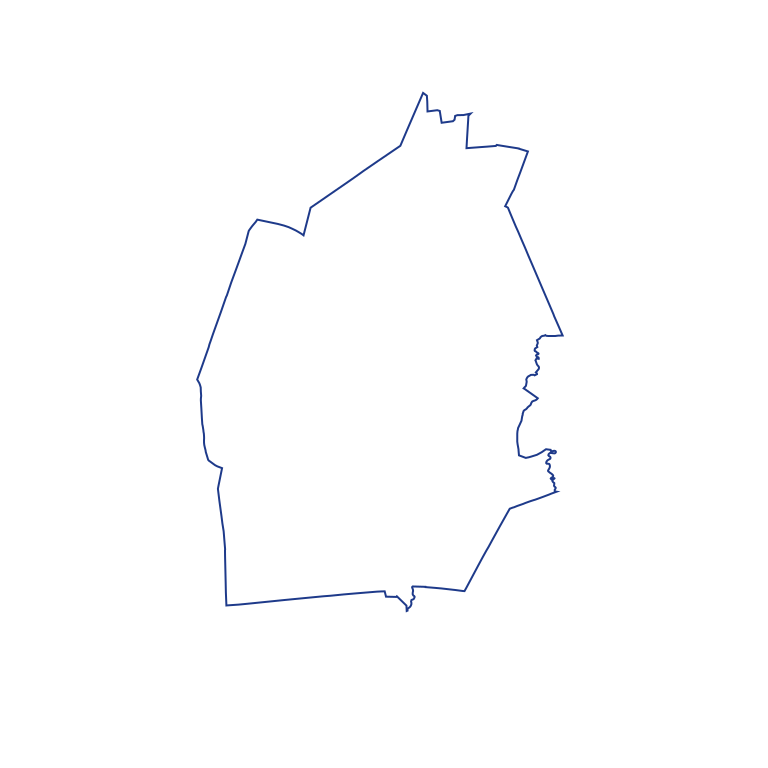 Denta, Timis, Romania (Robinson projection), rotated 129°
{"feature_id": "2599482B74915539122054", "entity_name": "Denta", "entity_type": "district", "adm_level": 2, "iso_a3": "ROU", "parent_name": "Romania", "parent_adm1": "Timis", "projection": "robinson", "projection_center": [21.251, 45.352], "detail": "fine", "context": "isolated", "style": "outline", "palette": "blue", "viewbox_px": 768, "rotation_deg": 129, "n_neighbors": 0, "source": "geoboundaries", "source_scale": "gbopen_adm2", "svg_char_len": 5974}
<svg xmlns="http://www.w3.org/2000/svg" viewBox="0 0 768 768"><g transform="rotate(129 384 384)"><path d="M546.0,483.4L547.8,481.0L549.0,479.7L551.9,475.4L552.8,474.1L553.6,472.9L553.8,471.5L553.7,470.8L553.4,464.2L552.9,461.7L551.8,458.4L551.3,456.9L556.5,454.2L567.6,448.4L570.0,447.1L578.3,438.5L581.4,435.2L589.2,426.9L594.1,421.8L599.3,416.0L601.6,413.8L605.6,410.0L612.5,403.4L613.2,403.0L617.9,399.1L637.7,382.3L645.4,375.8L655.3,367.1L654.8,366.6L646.9,358.1L640.8,351.9L614.6,325.5L602.9,313.6L597.6,308.2L587.2,297.6L582.2,292.3L572.9,282.9L565.0,274.7L549.9,258.9L547.2,255.9L544.7,253.0L548.0,248.6L541.7,240.4L540.9,240.4L541.1,237.9L542.1,227.1L546.1,223.5L545.3,223.1L545.0,223.4L544.5,224.0L544.0,224.0L543.3,224.1L542.6,223.9L541.3,223.6L540.3,223.5L539.2,223.7L538.0,224.1L537.3,224.6L536.8,225.0L536.1,226.0L535.7,226.2L534.6,226.7L534.2,226.5L533.8,226.3L533.2,225.9L532.3,225.6L531.4,225.8L530.4,226.1L530.1,226.3L529.8,227.0L529.9,228.0L529.5,229.2L528.6,230.0L527.5,230.7L526.6,231.1L525.7,232.0L525.3,232.5L525.0,233.2L524.4,233.9L524.2,234.3L523.7,234.3L523.3,234.3L515.5,224.1L515.7,223.9L510.5,216.3L506.8,210.8L499.2,198.9L495.4,192.7L494.3,191.1L490.3,191.8L486.2,192.6L471.7,195.4L466.0,196.5L456.5,198.3L449.1,199.6L445.0,200.2L436.9,201.7L421.8,204.4L407.2,206.9L401.8,207.8L401.6,207.6L400.6,207.1L399.1,206.2L398.0,205.4L395.1,203.8L389.6,200.4L387.4,199.2L383.6,196.9L382.5,196.2L380.2,194.7L378.9,193.8L375.8,191.9L370.6,188.8L365.8,186.0L364.1,185.1L359.1,182.1L359.5,182.8L359.9,183.8L359.6,184.0L358.9,184.7L358.3,184.8L357.5,184.9L356.8,185.1L356.5,185.4L356.4,185.9L356.4,187.1L356.3,187.4L356.0,187.9L355.3,188.3L354.2,189.0L353.8,189.4L353.8,189.8L353.9,190.5L353.7,191.4L353.6,191.8L353.1,192.4L352.6,192.4L352.3,192.4L352.1,192.4L351.8,192.4L350.8,192.2L350.1,192.1L350.0,192.3L350.2,192.5L350.6,192.8L351.5,193.2L352.7,193.9L352.7,194.2L352.6,194.8L352.4,194.8L351.8,194.9L351.6,195.0L350.3,194.4L349.8,194.4L349.1,194.6L348.7,194.9L348.5,195.4L348.4,196.1L348.5,196.5L348.3,197.0L348.4,197.4L348.4,198.9L348.6,199.4L348.5,199.8L348.5,200.3L348.5,201.2L348.5,201.4L348.2,201.9L347.7,202.1L347.0,202.2L346.6,202.3L346.0,202.3L345.3,202.5L344.5,202.7L343.9,203.0L343.4,203.4L342.8,204.0L342.3,204.8L342.2,205.3L342.3,205.6L342.8,206.4L343.2,207.0L343.5,207.4L343.4,207.8L343.3,208.3L343.0,208.4L342.0,208.9L341.7,208.9L340.5,208.9L340.1,208.8L339.3,208.5L338.4,208.1L337.5,207.8L337.1,207.9L336.6,208.1L336.2,208.6L336.0,209.1L336.0,209.5L336.1,210.1L336.2,210.5L335.9,211.5L335.6,211.6L335.1,211.8L334.8,211.9L333.4,211.7L333.0,211.4L332.6,211.0L332.1,210.2L331.4,209.0L330.5,207.7L330.1,207.5L329.5,207.4L328.9,207.5L328.6,207.7L328.3,208.2L328.3,208.7L328.6,209.4L329.0,209.9L329.4,210.2L330.3,210.9L330.4,211.1L331.0,212.2L330.9,212.3L330.5,212.8L330.3,213.1L331.5,215.0L332.7,217.0L333.2,217.2L337.7,218.5L342.8,220.6L347.6,223.8L349.9,225.4L350.6,226.0L352.2,227.3L354.5,234.2L351.2,237.4L350.1,238.4L348.7,240.0L346.8,242.2L344.9,244.2L344.4,244.6L341.3,247.1L338.7,249.2L336.5,250.7L335.2,251.3L333.8,252.1L333.3,252.2L329.7,253.1L327.8,253.6L326.1,254.0L324.0,255.2L321.9,256.4L321.7,256.4L321.3,256.6L320.7,256.8L320.4,257.0L320.0,257.4L318.7,257.9L317.2,258.5L316.8,258.5L315.8,258.4L314.7,257.9L313.8,257.7L312.9,257.6L311.8,257.7L311.4,257.6L310.7,257.5L309.8,257.3L309.0,257.1L308.3,257.0L307.8,257.0L307.2,257.2L306.0,257.6L305.5,257.7L305.0,257.7L304.4,257.8L304.0,257.6L303.7,257.5L302.9,257.1L302.1,256.5L301.3,256.1L300.7,255.8L299.4,255.5L298.7,255.5L298.3,255.5L299.4,272.2L299.5,272.7L299.0,272.7L298.3,272.7L296.4,272.5L295.6,272.8L292.5,274.5L290.9,276.3L289.8,276.6L288.6,276.8L287.4,276.7L286.4,276.3L285.5,275.9L284.7,275.7L284.3,275.4L282.6,273.4L282.5,272.4L280.1,271.3L279.7,271.7L279.5,272.1L279.4,272.8L279.4,273.3L275.0,273.2L274.1,273.6L273.6,274.0L273.3,274.4L273.1,274.8L272.9,276.1L272.6,277.3L272.4,277.7L270.6,280.6L270.3,281.2L269.8,281.2L269.6,281.3L268.8,281.4L268.3,281.5L267.8,280.9L267.1,279.6L266.9,279.7L266.4,280.2L266.2,280.7L266.2,281.1L266.5,281.8L266.7,282.2L266.6,282.7L266.1,283.8L265.7,283.8L265.3,283.8L264.7,283.5L264.2,283.1L263.5,282.9L263.1,283.1L263.0,283.4L263.1,284.2L263.3,285.1L263.3,285.3L263.1,286.0L263.2,286.6L263.4,287.6L263.3,287.8L263.1,288.1L261.9,288.8L261.6,288.8L261.2,288.9L258.8,288.1L258.5,288.6L257.9,289.5L255.7,290.1L254.9,290.7L253.7,292.7L253.1,292.5L251.5,291.9L251.0,291.7L250.4,291.6L249.8,291.7L249.1,291.8L247.6,291.5L247.2,291.2L246.4,290.7L245.9,290.1L245.2,289.6L244.5,289.4L244.4,288.2L243.5,286.8L238.8,281.0L236.9,279.2L235.0,277.0L233.9,275.7L228.6,285.9L224.3,294.3L223.1,296.3L217.5,306.9L210.4,320.4L199.5,341.0L196.6,346.5L193.4,352.6L189.4,360.0L185.5,367.5L181.2,375.6L178.7,380.6L174.8,387.9L172.0,393.1L169.0,398.6L169.0,399.2L169.6,401.7L155.9,404.7L153.1,405.2L151.3,405.3L141.7,408.7L133.5,411.4L112.7,418.5L116.5,427.9L116.4,427.9L116.6,428.3L120.5,435.0L126.7,445.8L127.2,446.8L127.7,446.9L128.3,446.9L128.6,446.9L128.8,447.1L134.5,453.1L139.0,457.9L148.8,468.3L143.4,472.2L122.4,487.2L122.2,487.2L119.4,486.9L125.1,491.6L128.8,496.1L130.9,497.4L134.2,495.5L136.4,495.8L144.7,503.6L136.7,512.5L137.7,514.9L144.8,521.7L137.3,528.1L133.0,532.1L133.2,536.8L172.1,525.9L188.6,521.2L214.4,529.0L231.6,534.1L233.5,534.6L244.6,537.7L273.2,546.1L293.2,552.0L319.1,540.1L319.2,542.4L319.7,546.1L320.2,549.2L321.2,553.4L322.1,556.8L323.8,561.4L326.4,567.2L336.0,585.9L337.6,585.8L338.6,585.7L343.2,585.8L344.8,585.8L348.8,585.6L349.8,585.5L350.3,585.4L362.4,579.9L371.2,576.9L381.6,573.3L388.6,570.9L401.3,566.6L414.2,561.8L415.7,561.5L430.6,556.1L452.9,548.3L459.7,545.8L463.1,544.6L465.7,543.4L474.4,540.3L486.2,536.1L498.1,532.0L499.6,528.0L500.6,526.3L502.0,524.3L505.0,521.7L508.3,518.6L510.6,517.1L511.9,516.1L517.9,510.6L525.4,503.8L529.6,499.9L530.7,498.5L533.4,495.5L534.8,494.1L535.9,492.8L537.5,491.3L539.2,489.8L541.1,488.4L542.9,486.9L544.5,485.3L546.0,483.4Z" fill="none" stroke="#1e3a8a" stroke-width="2"/></g></svg>